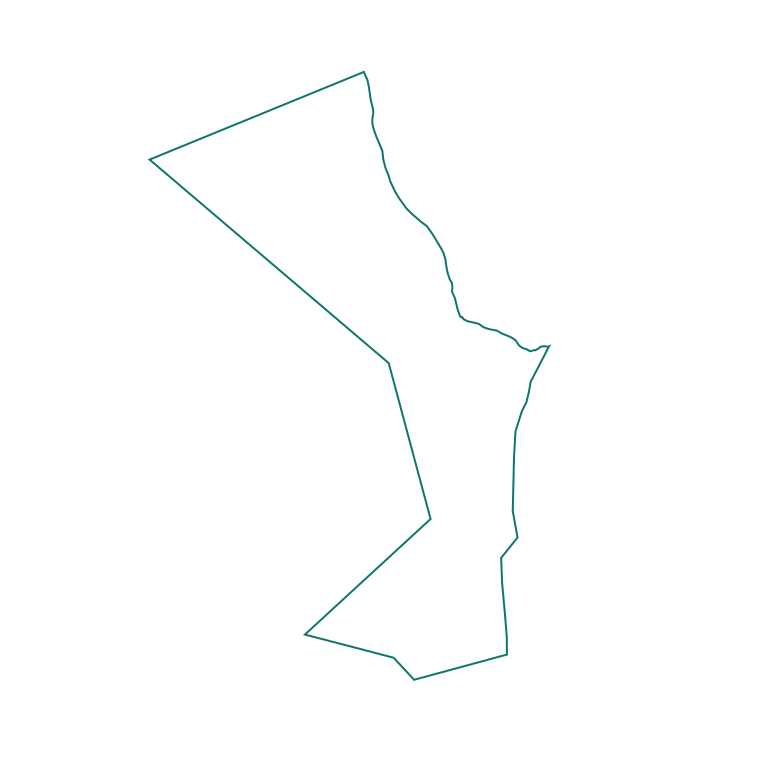 Wadi Hawar, Ennedi, Chad (Albers equal-area conic projection), rotated 248°
{"feature_id": "50815135B62585523695590", "entity_name": "Wadi Hawar", "entity_type": "district", "adm_level": 2, "iso_a3": "TCD", "parent_name": "Chad", "parent_adm1": "Ennedi", "projection": "albers", "projection_center": [23.147, 16.028], "detail": "fine", "context": "isolated", "style": "outline", "palette": "teal", "viewbox_px": 768, "rotation_deg": 248, "n_neighbors": 0, "source": "geoboundaries", "source_scale": "gbopen_adm2", "svg_char_len": 1880}
<svg xmlns="http://www.w3.org/2000/svg" viewBox="0 0 768 768"><g transform="rotate(248 384 384)"><path d="M357.1,551.2L357.1,550.1L358.8,547.1L358.9,546.9L359.0,546.8L359.8,543.7L360.0,543.0L359.4,541.9L359.2,541.0L358.9,539.3L358.7,538.0L358.5,537.1L359.0,536.6L359.1,536.4L359.1,536.2L359.6,531.7L359.8,531.6L362.7,529.3L365.0,526.5L365.6,526.0L366.9,524.9L369.6,523.5L371.6,523.1L372.0,523.0L373.6,522.7L375.1,522.4L377.8,520.8L380.7,518.4L386.9,512.0L388.0,511.2L391.1,508.8L395.8,501.6L399.2,497.7L402.6,495.5L403.2,495.1L404.2,494.5L404.3,494.4L407.4,490.1L408.5,488.5L408.8,488.1L410.9,485.0L411.1,484.7L412.7,483.4L414.0,482.2L416.6,481.6L416.7,480.8L418.2,480.0L418.5,479.9L423.6,480.1L425.6,480.2L428.2,480.6L437.0,481.9L437.5,481.9L443.8,481.6L446.4,482.8L447.3,483.3L448.6,483.9L451.8,484.6L452.4,484.8L452.7,484.7L456.1,484.2L456.4,484.2L462.8,484.6L465.5,485.0L465.9,485.1L466.5,485.2L468.3,485.6L474.2,487.0L476.0,487.5L478.3,487.8L479.5,487.9L480.5,488.0L482.1,488.2L485.3,488.0L486.5,488.0L488.6,487.7L491.2,487.3L503.8,485.3L504.4,485.2L514.0,483.0L514.2,482.9L514.6,482.7L520.1,479.3L530.5,474.0L531.1,473.6L538.4,470.6L550.0,467.7L558.1,466.4L569.6,465.7L575.7,466.3L583.3,466.3L587.7,466.8L593.1,467.6L597.6,468.9L597.8,469.0L598.1,469.1L600.2,469.6L600.9,469.8L602.1,469.8L614.4,469.6L620.5,469.7L624.4,470.0L626.3,470.1L631.1,471.2L632.7,471.9L635.1,473.0L639.5,475.7L643.8,477.0L648.6,477.5L654.3,478.5L654.9,478.7L664.0,481.0L665.0,481.3L672.1,482.5L680.9,482.2L680.5,392.3L679.9,250.7L401.6,396.2L241.4,376.6L181.3,216.8L126.6,290.4L98.5,301.1L87.1,396.6L102.7,402.8L103.6,403.1L104.1,403.3L128.5,410.9L136.8,413.4L155.3,419.0L178.9,427.5L180.5,430.3L191.6,450.3L218.0,455.8L234.0,462.7L267.6,477.2L290.7,488.1L307.2,501.7L313.7,509.2L321.8,515.0L331.3,521.0L346.9,539.3L356.5,550.4L357.1,551.2Z" fill="none" stroke="#0f766e" stroke-width="2"/></g></svg>